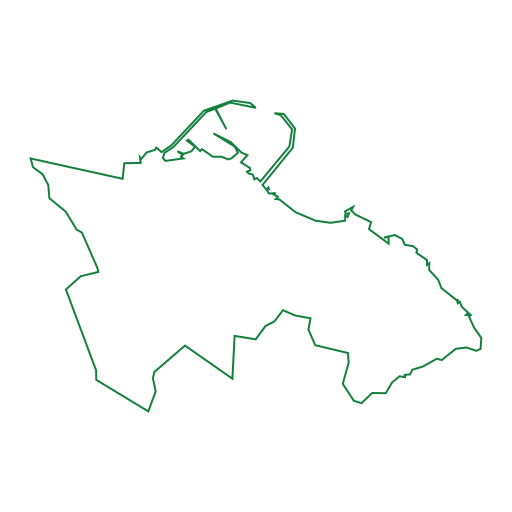 Dún Laoghaire Lea-7, Dún Laoghaire–Rathdown, Ireland
{"feature_id": "5873133B92378397401252", "entity_name": "Dún Laoghaire Lea-7", "entity_type": "district", "adm_level": 2, "iso_a3": "IRL", "parent_name": "Ireland", "parent_adm1": "Dún Laoghaire–Rathdown", "projection": "natural_earth1", "projection_center": [-6.126, 53.283], "detail": "fine", "context": "isolated", "style": "outline", "palette": "green", "viewbox_px": 512, "rotation_deg": 0, "n_neighbors": 0, "source": "geoboundaries", "source_scale": "gbopen_adm2", "svg_char_len": 2094}
<svg xmlns="http://www.w3.org/2000/svg" viewBox="0 0 512 512"><path d="M148.3,411.4L155.7,391.4L152.9,378.4L154.3,372.0L185.0,345.6L232.4,378.7L234.6,335.9L255.7,339.3L265.6,325.9L274.4,321.5L282.9,310.2L295.2,315.5L310.5,318.3L308.4,329.6L315.3,345.2L347.9,353.0L348.7,362.5L342.8,383.8L353.8,400.8L361.5,403.2L372.1,393.0L385.8,393.2L392.1,382.4L399.6,376.3L405.1,377.1L404.7,374.9L410.0,374.4L412.4,369.7L423.0,366.5L436.8,358.7L441.7,360.1L455.8,348.8L466.6,347.5L476.3,350.8L480.6,348.9L481.3,338.0L474.0,327.5L469.1,316.8L470.6,315.2L466.0,314.9L468.0,313.0L469.9,314.3L461.8,306.9L459.8,301.8L457.8,303.3L457.0,300.5L441.5,288.2L438.1,279.6L429.1,269.9L429.3,263.2L427.0,264.9L427.0,260.1L416.4,252.8L417.1,249.5L413.2,246.2L404.9,244.8L402.1,238.9L394.6,235.0L384.0,237.6L388.7,237.1L388.6,243.6L369.0,229.1L371.1,222.1L355.5,214.6L351.2,210.5L353.1,206.9L345.0,211.4L345.8,213.8L349.0,213.3L347.7,216.9L345.2,215.5L345.1,220.7L330.5,222.8L315.5,220.7L295.5,212.2L279.2,199.3L275.8,199.1L277.9,196.7L273.4,194.3L275.7,193.1L268.9,193.5L266.6,189.7L268.9,189.3L268.4,187.5L266.5,189.6L262.5,185.0L292.8,147.7L295.0,128.6L283.8,113.9L274.4,113.2L280.8,115.2L292.1,129.4L289.4,146.5L260.3,181.5L256.9,178.0L254.4,179.3L252.7,174.5L248.5,173.5L247.0,171.6L250.1,170.4L250.0,168.0L241.0,162.4L247.4,155.1L241.6,152.7L230.7,142.1L213.4,133.4L234.8,146.6L237.9,152.8L231.5,158.3L228.3,159.4L221.4,156.7L212.9,156.8L202.0,149.1L200.1,151.1L188.4,139.6L187.0,140.7L195.1,146.7L191.4,151.3L183.8,153.8L177.3,151.3L182.8,154.8L181.0,156.6L183.5,158.4L165.4,160.9L162.9,158.0L164.4,153.0L173.5,146.9L206.2,112.1L215.2,108.6L226.4,129.2L215.6,108.5L230.0,102.6L255.8,107.8L250.1,103.0L232.6,100.6L203.9,110.7L171.6,145.1L161.6,152.1L156.2,147.6L154.9,149.9L146.7,152.4L141.3,158.9L139.9,157.2L140.7,162.9L124.3,163.2L122.6,178.8L30.7,158.5L32.9,167.1L42.6,174.3L48.3,185.1L49.4,198.3L65.8,211.7L76.6,229.6L81.9,232.6L97.3,267.7L98.4,271.9L80.8,276.2L65.9,289.5L96.1,370.4L96.3,379.9L148.3,411.4ZM458.3,301.5L457.5,299.8L456.5,299.8L458.3,301.5Z" fill="none" stroke="#15803d" stroke-width="2"/></svg>